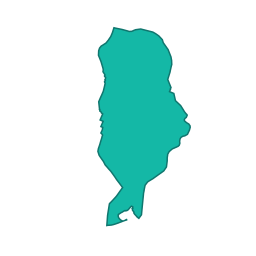 Kotawaringin Timur, Kalimantan Tengah, Indonesia, rotated 23°
{"feature_id": "22746128B94284518008212", "entity_name": "Kotawaringin Timur", "entity_type": "district", "adm_level": 2, "iso_a3": "IDN", "parent_name": "Indonesia", "parent_adm1": "Kalimantan Tengah", "projection": "orthographic", "projection_center": [112.934, -2.23], "detail": "fine", "context": "isolated", "style": "filled", "palette": "teal", "viewbox_px": 256, "rotation_deg": 23, "n_neighbors": 0, "source": "geoboundaries", "source_scale": "gbopen_adm2", "svg_char_len": 4288}
<svg xmlns="http://www.w3.org/2000/svg" viewBox="0 0 256 256"><g transform="rotate(23 128 128)"><path d="M75.9,41.2L76.3,45.3L76.4,46.2L76.4,50.6L75.8,53.5L75.7,54.4L74.5,58.5L71.3,63.1L70.6,65.5L70.8,68.3L72.4,72.6L77.2,77.4L81.3,82.4L82.1,83.4L82.6,84.5L83.0,86.0L84.2,86.8L85.8,87.9L86.1,88.4L86.0,89.3L86.5,89.8L87.3,90.0L87.7,90.3L88.1,92.1L87.9,92.6L88.6,93.1L88.6,93.6L88.2,94.2L88.6,95.0L89.4,95.5L89.6,96.3L90.0,98.4L90.9,103.8L90.9,104.6L90.9,105.6L90.9,107.8L90.8,110.4L90.8,110.5L90.8,112.8L90.8,114.1L90.8,115.3L94.3,121.6L94.4,122.0L94.8,122.0L94.8,122.4L95.5,123.2L95.5,123.4L95.6,123.5L96.3,123.4L97.1,124.0L97.3,124.0L97.6,124.5L99.2,124.9L99.2,131.5L102.5,131.6L102.5,137.3L104.5,137.3L105.1,140.0L105.0,143.2L106.7,143.9L107.4,144.5L107.5,146.2L107.7,147.1L108.1,151.2L108.4,153.5L108.6,155.7L108.8,158.6L109.4,161.2L109.6,161.5L112.2,164.5L114.4,165.9L118.6,168.5L121.4,170.9L124.8,172.5L125.9,173.1L129.0,174.5L133.3,177.1L135.7,178.6L137.9,180.1L138.5,180.4L146.3,184.9L144.1,194.9L143.8,195.9L143.6,196.5L141.6,202.1L141.0,203.6L140.7,204.3L140.5,205.0L142.7,213.9L143.4,216.6L144.6,220.1L146.6,226.0L147.0,225.7L147.5,225.5L147.6,225.4L147.8,225.3L147.9,225.2L148.1,225.1L148.3,225.0L148.6,224.9L148.8,224.8L149.0,224.7L149.5,224.4L150.0,224.2L150.5,223.9L150.8,223.7L151.1,223.5L151.2,223.4L151.6,223.1L151.8,223.0L152.3,222.6L152.9,222.1L153.5,221.6L153.9,221.2L154.1,221.1L154.4,220.8L155.3,220.0L155.8,219.5L155.9,219.4L156.0,219.4L156.1,219.2L156.5,218.8L157.2,218.2L158.0,217.4L158.2,217.2L158.4,217.1L158.5,216.9L159.4,216.1L160.0,215.5L160.5,215.0L161.8,213.9L162.3,213.4L162.5,213.2L162.3,213.1L162.2,213.0L161.9,213.4L162.0,213.4L161.9,213.4L162.0,213.4L162.1,213.2L162.3,213.1L162.3,213.3L162.2,213.3L162.0,213.5L161.9,213.6L161.5,214.0L161.1,214.5L160.4,215.1L160.1,215.4L159.9,215.5L159.7,215.6L159.4,215.7L158.4,215.7L158.2,215.7L157.7,215.6L157.1,215.5L156.8,215.4L156.3,215.2L155.6,214.9L155.3,214.8L155.0,214.6L154.8,214.4L154.4,214.2L153.9,213.6L153.7,213.4L153.4,213.0L153.3,212.8L153.2,212.5L153.1,212.2L153.1,211.5L153.0,211.4L153.2,211.2L153.2,210.9L153.3,210.7L153.5,210.5L153.7,210.2L153.9,209.9L154.4,209.2L154.5,208.8L154.6,208.7L154.8,208.6L155.5,207.8L155.9,207.2L156.4,206.5L156.7,206.2L156.8,206.0L156.8,205.9L156.9,205.6L157.0,205.5L157.1,205.4L157.3,205.3L157.5,205.4L157.8,205.4L158.1,205.2L158.2,204.9L158.3,204.8L158.5,204.9L158.8,204.8L159.2,204.5L159.5,204.1L159.8,203.7L160.1,203.2L160.3,202.7L160.6,201.7L160.7,201.3L160.9,200.6L161.2,199.9L161.3,199.5L161.6,198.7L162.8,198.6L163.0,198.6L163.0,198.8L163.0,199.0L163.3,199.2L163.5,199.4L163.5,199.5L163.6,199.8L163.7,200.0L163.8,200.1L163.7,200.2L163.8,200.2L163.8,200.3L163.8,200.6L163.8,200.9L163.9,201.3L164.0,201.6L164.2,201.8L164.3,201.9L164.4,202.0L164.6,202.1L164.8,202.2L164.9,202.3L165.0,202.3L165.5,202.6L165.8,202.8L166.0,203.0L166.3,203.0L166.5,203.3L166.5,203.5L166.6,203.9L166.8,204.1L167.4,204.5L167.7,204.7L168.3,205.0L168.9,205.2L169.3,205.4L170.3,205.9L170.6,206.1L170.9,206.1L171.0,206.3L171.4,206.4L171.8,206.5L172.0,206.6L172.3,206.6L172.5,206.6L172.7,206.8L173.0,206.8L173.3,206.9L174.3,202.6L171.7,194.4L168.2,183.2L167.8,182.0L167.3,179.5L167.2,179.5L166.4,175.5L166.1,174.1L166.3,173.3L167.1,170.0L168.6,167.8L170.8,164.8L171.5,163.6L177.7,153.5L177.8,152.9L178.6,149.0L178.6,148.8L176.9,142.9L175.7,140.0L175.7,139.9L175.1,137.6L174.9,137.1L174.8,136.7L175.1,133.7L176.5,130.8L177.1,129.7L178.3,128.5L178.6,128.2L179.0,127.7L180.0,126.7L180.4,126.2L181.1,125.5L181.2,125.4L181.9,123.9L181.7,121.8L180.7,120.0L180.2,117.9L180.4,116.0L181.6,114.3L182.6,113.5L183.3,113.1L185.2,110.6L185.3,108.2L185.4,106.1L185.2,104.7L185.0,103.1L184.2,101.7L183.0,101.0L182.5,100.6L179.7,100.2L177.1,99.3L177.0,99.1L176.6,98.3L176.7,97.1L176.7,96.9L177.4,95.7L177.5,95.4L177.5,93.2L177.0,92.6L176.1,92.3L174.7,91.6L173.5,90.9L172.0,89.8L171.3,89.3L167.7,86.8L161.0,84.3L156.7,78.3L152.0,78.3L152.0,76.3L152.0,75.7L151.7,75.6L151.8,74.0L145.6,67.8L144.8,59.8L144.7,59.7L143.8,54.8L143.6,53.6L143.5,52.5L141.6,48.5L141.2,48.0L139.8,45.8L134.3,40.2L127.1,35.7L125.1,33.3L120.4,31.2L116.7,30.4L113.4,30.0L101.1,31.9L99.7,32.7L96.7,34.5L95.4,35.7L93.8,37.5L91.3,38.7L89.9,38.8L84.1,39.6L77.2,41.0L75.9,41.2Z" fill="#14b8a6" stroke="#0f766e" stroke-width="1.5"/></g></svg>